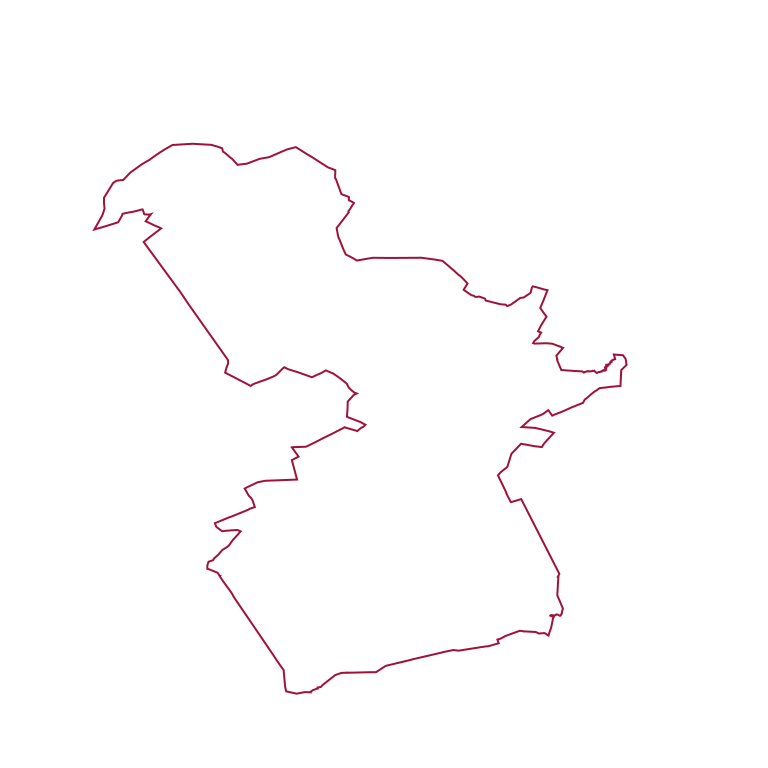 Vidrižu pag., Limbaži, Latvia (Equal Earth projection), rotated 165°
{"feature_id": "27541924B82277594032017", "entity_name": "Vidrižu pag.", "entity_type": "district", "adm_level": 2, "iso_a3": "LVA", "parent_name": "Latvia", "parent_adm1": "Limbaži", "projection": "equal_earth", "projection_center": [24.641, 57.308], "detail": "fine", "context": "isolated", "style": "outline", "palette": "rose", "viewbox_px": 768, "rotation_deg": 165, "n_neighbors": 0, "source": "geoboundaries", "source_scale": "gbopen_adm2", "svg_char_len": 6081}
<svg xmlns="http://www.w3.org/2000/svg" viewBox="0 0 768 768"><g transform="rotate(165 384 384)"><path d="M340.3,103.9L340.6,107.8L337.2,107.9L331.5,109.2L316.8,110.5L313.2,109.0L313.1,108.8L312.3,108.7L302.0,105.3L301.7,105.3L299.0,102.9L293.4,101.9L290.2,98.4L289.1,100.4L285.6,105.4L281.4,113.8L280.4,114.9L283.3,117.2L282.9,117.5L282.2,117.5L280.8,117.0L279.7,116.5L279.7,116.2L278.3,116.3L277.9,116.4L277.5,116.8L277.2,116.8L276.6,116.7L275.7,116.1L274.3,114.7L273.7,114.5L273.2,114.7L272.1,116.0L271.6,116.2L271.2,117.2L271.3,117.5L269.4,120.6L269.3,120.8L270.8,131.7L271.0,132.4L271.3,135.0L270.8,136.6L265.4,152.9L265.8,153.0L263.8,155.1L263.8,155.4L280.7,234.8L281.3,237.3L291.9,237.0L292.2,237.6L294.0,246.0L294.2,246.4L293.9,247.1L296.8,262.3L297.0,262.8L297.4,265.5L297.6,266.2L294.3,268.5L286.3,272.0L279.0,283.6L267.1,290.8L254.3,284.8L247.8,282.2L245.0,284.9L242.9,286.3L236.9,290.1L236.7,290.3L232.5,292.9L236.7,295.6L240.6,297.7L245.6,300.5L249.1,302.2L249.1,302.4L262.2,306.8L251.4,312.2L240.9,313.4L238.8,313.8L237.0,314.2L236.8,314.4L232.0,316.2L229.7,309.9L226.6,310.4L221.3,310.9L215.1,311.8L209.8,312.7L197.5,314.2L196.6,314.3L194.1,317.0L189.9,318.8L186.1,320.7L182.4,322.3L180.4,322.8L176.8,324.2L176.5,324.2L171.0,323.3L170.3,323.1L170.2,323.2L166.8,322.8L156.1,320.9L151.3,335.9L151.2,336.0L150.6,336.4L144.7,339.7L144.8,340.2L144.2,344.0L144.2,345.9L145.7,349.9L154.3,353.0L154.3,348.1L154.7,348.1L156.3,348.2L157.3,347.5L157.9,347.8L159.4,346.8L158.9,346.2L160.7,345.5L160.7,345.0L161.8,344.8L162.2,344.9L163.3,344.8L164.3,345.1L164.5,344.6L163.6,343.9L162.9,343.9L162.8,343.7L164.1,343.3L164.7,343.0L165.4,343.3L166.2,342.9L166.1,342.4L166.3,341.9L165.1,342.0L165.4,341.6L166.1,341.4L166.5,340.8L166.0,340.0L166.8,339.7L168.7,340.0L168.5,340.5L169.5,340.5L170.2,340.0L170.5,339.6L171.4,340.0L172.5,339.7L173.3,340.0L173.7,340.0L175.0,339.5L175.8,339.7L176.3,340.5L177.2,341.8L177.5,342.5L178.3,342.4L179.2,342.7L179.4,342.6L181.7,342.8L182.1,343.1L182.8,343.1L183.1,343.2L183.2,343.4L184.2,343.8L184.9,343.5L185.4,343.7L186.2,343.7L186.5,343.5L187.2,343.6L187.9,343.3L188.3,343.5L189.1,344.8L199.0,348.1L209.1,351.6L210.5,361.5L210.5,362.6L210.2,362.7L210.2,366.7L201.7,372.6L210.9,379.3L215.3,380.9L218.0,381.7L228.3,384.1L228.7,384.6L229.3,384.9L227.9,386.4L226.9,387.0L222.3,389.2L220.5,391.6L218.9,393.0L221.6,395.0L217.0,400.1L209.6,407.0L211.7,412.3L213.4,417.0L208.4,423.4L201.8,432.3L204.7,433.8L210.3,437.2L214.9,439.8L216.1,439.0L218.7,434.3L219.3,433.9L226.7,431.4L230.1,431.9L240.6,427.9L243.8,427.4L244.8,427.4L245.8,428.9L246.1,429.2L250.9,430.9L264.0,438.2L264.2,438.4L264.2,440.0L264.3,440.2L264.7,440.6L269.1,443.6L269.6,443.8L272.5,444.3L273.4,444.6L273.6,444.8L274.3,446.0L276.4,447.0L277.6,448.4L279.8,450.9L282.7,454.4L277.3,459.4L280.5,465.5L282.7,469.1L283.1,469.2L285.7,473.2L287.5,476.2L288.3,477.1L294.6,486.4L295.6,487.8L303.5,491.4L315.3,496.3L345.6,504.2L362.1,508.8L368.2,509.4L378.4,510.3L380.4,512.5L380.9,513.1L383.0,515.1L387.4,519.0L388.1,523.1L388.5,525.9L389.6,535.0L390.1,537.4L389.9,541.0L389.4,546.9L388.7,547.4L373.8,558.8L374.0,559.1L374.0,559.4L373.9,559.6L373.7,559.9L369.2,563.9L368.7,564.5L366.3,566.5L366.2,566.7L366.4,567.0L369.3,569.7L370.1,570.3L370.4,570.8L369.9,572.3L369.5,573.2L369.5,573.6L369.8,574.0L375.7,578.2L376.0,578.5L377.4,594.3L377.9,595.2L377.7,596.1L377.4,597.6L376.6,599.9L375.7,603.2L382.1,607.8L395.1,622.1L398.5,625.5L407.8,635.6L416.7,635.7L423.1,634.8L435.9,632.9L439.8,633.1L445.7,633.7L459.5,632.3L465.4,633.2L468.7,633.6L472.5,640.9L473.5,642.1L474.6,643.6L475.1,644.5L478.1,648.8L479.4,650.1L479.3,653.6L484.5,657.1L487.7,658.9L488.3,659.5L506.8,665.6L526.4,669.6L534.2,667.6L541.3,665.4L541.8,665.2L542.1,664.9L543.7,664.6L551.2,661.8L552.4,661.2L554.7,660.7L561.0,658.9L573.8,654.1L574.8,653.6L583.0,648.6L589.3,649.5L590.0,649.5L593.3,648.4L593.8,648.1L598.8,643.4L603.5,638.9L606.2,636.5L606.3,636.0L607.5,631.9L608.5,626.0L608.7,625.5L612.0,620.4L612.4,619.9L613.1,619.1L623.8,608.2L620.6,608.3L616.1,608.3L599.1,609.0L598.8,609.1L594.1,613.8L593.4,614.6L592.5,616.1L584.1,615.6L583.2,615.4L577.8,615.2L573.3,615.3L572.0,615.1L571.8,613.8L571.7,610.2L571.3,609.8L568.9,609.0L566.2,608.3L565.1,608.4L569.1,605.3L572.1,602.9L569.1,600.4L564.7,596.6L560.3,593.2L559.0,592.0L572.1,586.6L579.4,583.4L557.3,526.5L555.4,521.2L552.4,512.3L528.5,447.5L529.2,444.3L532.1,440.3L534.5,436.1L513.2,416.6L511.4,417.4L508.9,417.9L497.8,418.8L493.0,419.3L488.1,420.0L486.1,420.5L484.1,421.5L477.8,425.2L476.0,426.0L472.9,423.2L465.8,418.7L464.6,418.0L451.9,409.2L444.9,410.4L441.8,410.8L436.7,412.2L430.3,407.2L425.2,401.2L419.9,394.0L418.9,389.6L416.8,386.0L414.8,383.3L412.8,381.9L416.1,381.2L423.6,376.4L425.6,369.6L428.3,361.9L421.9,357.2L416.4,353.2L412.5,349.4L415.0,348.0L417.7,347.5L422.1,345.4L422.9,346.1L431.6,351.3L433.2,352.4L433.4,352.3L447.3,349.3L456.0,347.6L467.2,345.2L475.6,343.6L488.9,346.7L489.4,346.7L485.3,336.0L492.7,334.3L492.7,314.2L515.2,319.3L523.1,321.1L523.3,321.2L531.4,321.8L542.4,319.8L545.6,319.1L543.6,311.3L541.9,308.4L541.1,305.8L540.6,298.6L545.9,298.2L547.9,297.7L552.3,297.1L566.1,295.4L568.0,295.3L583.4,293.3L583.0,289.7L582.8,289.3L582.4,288.7L578.8,284.1L578.4,283.7L577.6,283.5L575.0,283.2L568.6,282.0L563.3,280.9L560.6,278.8L562.2,277.8L563.0,277.1L570.2,272.6L575.5,268.2L577.6,267.2L581.4,266.0L582.0,265.9L583.5,265.3L588.1,262.1L593.4,259.4L594.6,258.1L599.5,257.7L601.4,254.9L601.8,253.7L602.4,251.8L602.4,251.1L602.0,251.1L599.3,249.1L593.6,244.7L593.0,243.3L592.5,241.3L592.2,241.2L592.5,241.0L590.3,234.6L586.7,225.4L585.2,221.3L584.0,216.5L561.2,151.2L558.8,143.9L556.6,137.8L555.0,133.7L557.8,117.5L558.1,112.5L557.6,112.2L548.6,107.5L540.3,106.9L535.1,105.3L535.2,105.5L532.0,106.7L528.1,107.0L526.8,107.0L526.7,108.0L523.5,107.7L520.9,109.3L506.4,115.5L500.3,115.9L500.2,116.0L494.2,114.7L494.3,114.6L484.8,112.3L472.0,109.2L466.3,107.7L455.2,111.3L429.2,110.6L427.8,110.7L399.4,109.7L395.9,109.7L385.9,109.1L380.9,107.1L358.2,104.7L353.1,104.1L351.0,103.7L340.3,103.9Z" fill="none" stroke="#9f1239" stroke-width="2"/></g></svg>